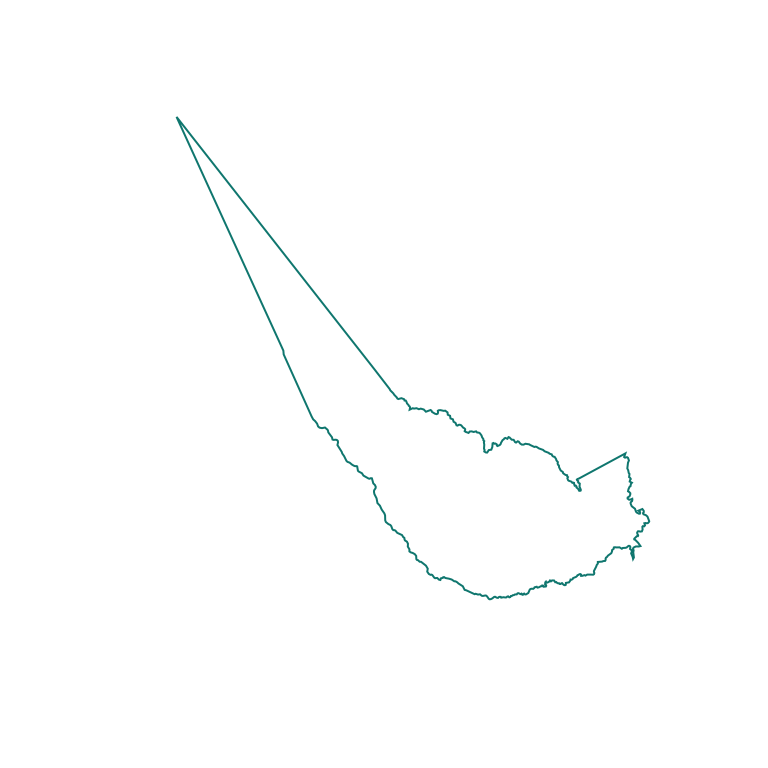 the district of Nithi, Eastern, Kenya, rotated 25°
{"feature_id": "3690345B87545875120940", "entity_name": "Nithi", "entity_type": "district", "adm_level": 2, "iso_a3": "KEN", "parent_name": "Kenya", "parent_adm1": "Eastern", "projection": "albers", "projection_center": [37.753, -0.301], "detail": "fine", "context": "isolated", "style": "outline", "palette": "teal", "viewbox_px": 768, "rotation_deg": 25, "n_neighbors": 0, "source": "geoboundaries", "source_scale": "gbopen_adm2", "svg_char_len": 6163}
<svg xmlns="http://www.w3.org/2000/svg" viewBox="0 0 768 768"><g transform="rotate(25 384 384)"><path d="M83.1,229.6L278.7,396.3L280.6,399.6L332.1,444.0L334.8,446.0L337.2,446.7L340.1,448.2L342.2,450.3L344.0,450.8L345.4,450.5L346.5,450.2L348.9,448.4L352.1,449.3L352.9,449.9L354.0,451.4L359.4,454.3L360.8,456.1L361.8,456.0L364.0,454.8L365.3,454.7L366.2,455.1L367.0,456.3L367.6,459.0L374.4,463.4L375.5,464.6L378.3,466.2L382.4,469.5L383.8,470.0L386.1,469.8L389.1,470.6L391.2,470.8L392.5,470.7L393.6,470.1L394.5,470.0L397.0,473.6L397.9,474.0L401.7,474.2L404.1,475.7L409.9,476.2L410.9,476.0L411.9,474.9L412.9,474.6L416.3,478.6L418.5,479.4L420.0,480.7L420.4,482.0L420.0,484.6L420.5,486.0L421.8,487.8L425.6,490.8L428.4,494.7L431.7,496.0L435.0,498.8L439.0,501.1L440.5,502.6L442.7,507.0L444.0,508.3L447.2,509.1L449.3,509.1L450.6,509.7L452.9,512.0L454.2,512.5L455.4,512.0L456.4,512.1L458.9,513.3L464.2,513.3L466.1,514.6L467.4,514.8L468.4,516.3L469.1,516.9L471.4,517.2L473.2,518.6L474.3,521.3L476.9,523.1L477.8,525.0L479.4,525.3L481.4,525.0L483.8,525.2L485.8,526.2L487.3,529.0L488.1,529.5L489.2,529.3L491.4,530.0L492.8,529.5L498.8,530.9L501.7,532.9L502.5,535.8L504.9,537.2L506.8,537.3L507.6,536.7L508.5,536.7L511.4,538.3L512.4,538.4L514.2,537.3L516.6,538.1L517.9,537.8L517.7,536.1L519.3,534.8L519.3,534.1L520.1,533.6L521.6,533.9L525.1,533.0L528.0,532.6L531.1,533.1L532.2,532.6L534.3,532.8L535.6,533.3L540.9,534.0L544.1,536.5L545.8,536.2L555.0,536.2L555.7,535.4L558.2,535.1L559.9,534.0L562.0,534.6L563.2,534.3L565.1,532.9L565.9,532.6L567.1,532.9L569.7,534.4L570.6,534.5L571.7,533.9L572.8,532.5L573.7,530.6L574.5,529.9L576.6,530.0L577.7,529.7L578.2,528.5L578.9,527.9L579.8,527.6L580.5,528.1L582.3,526.8L584.4,526.1L585.2,525.6L585.4,524.8L586.2,524.0L587.7,524.4L588.5,523.7L588.6,522.5L589.4,522.1L590.0,521.0L590.9,520.5L591.6,519.4L593.2,518.6L593.5,517.3L594.4,516.7L596.4,516.8L597.2,515.9L598.1,516.5L598.9,516.4L599.0,515.4L599.6,514.7L600.5,515.1L601.5,514.8L603.1,512.5L603.0,508.7L603.4,507.9L604.4,507.1L605.8,506.6L606.4,505.4L606.4,504.6L608.1,503.2L609.1,503.7L610.2,502.9L611.7,500.9L612.7,500.5L612.6,499.7L613.6,499.5L614.5,500.2L616.3,499.1L616.3,498.3L615.8,497.7L614.7,497.5L614.0,495.6L614.3,494.7L615.2,495.5L616.2,494.7L617.3,493.2L617.5,491.9L618.7,492.3L619.3,491.0L621.2,490.2L623.0,491.3L623.8,490.7L624.9,491.1L626.0,491.1L626.8,490.6L627.6,491.0L628.6,490.6L629.0,489.6L629.7,489.2L630.7,489.8L632.2,490.1L633.0,489.9L633.6,489.2L632.9,487.4L635.5,485.6L635.9,483.5L635.7,482.4L636.6,482.2L637.4,481.2L637.4,480.0L639.6,477.6L640.1,476.5L640.2,475.5L641.0,474.8L641.4,473.9L642.2,473.3L643.1,473.4L643.7,474.6L644.6,474.2L646.5,472.5L647.6,472.5L648.7,470.9L654.3,468.3L654.7,467.6L654.5,466.4L653.6,465.5L653.3,464.7L653.5,459.9L653.3,458.2L653.7,456.4L653.0,454.9L656.7,452.8L657.5,451.9L659.2,450.8L659.2,449.7L658.6,448.5L658.6,447.5L659.1,446.8L659.5,444.9L661.5,441.3L661.4,439.3L660.9,438.2L661.8,436.3L661.4,435.0L662.3,434.3L663.5,434.0L666.5,432.5L669.2,432.8L669.7,431.7L672.3,430.3L673.0,429.6L674.0,427.4L674.8,427.0L675.6,427.1L676.2,427.7L676.7,429.5L678.6,430.0L679.3,430.6L679.6,433.1L682.5,435.7L683.7,437.3L683.8,435.6L681.1,431.3L680.5,429.2L679.3,428.1L679.3,426.8L680.9,424.8L683.6,423.6L684.9,422.5L681.4,420.5L677.6,419.1L676.5,419.1L676.2,418.4L677.5,415.0L678.4,414.6L678.3,413.7L676.8,412.6L676.2,411.6L676.4,410.2L677.3,409.7L678.6,409.5L680.0,408.6L679.9,406.7L678.5,404.2L678.7,403.4L680.0,403.0L680.3,401.8L678.8,400.2L679.7,399.5L681.2,399.1L682.0,398.4L682.4,397.2L682.4,396.3L678.8,392.8L676.8,392.2L674.2,392.4L673.3,391.6L673.6,390.3L673.0,389.2L671.0,388.1L668.1,391.3L670.0,391.7L670.6,392.5L670.7,393.4L669.9,393.8L667.4,393.7L666.3,393.2L664.2,391.0L660.2,390.1L658.5,388.6L657.7,387.6L657.7,386.7L658.3,385.3L658.0,383.9L657.5,383.1L656.3,384.5L655.1,385.3L653.2,384.9L652.8,383.9L654.0,382.0L653.9,380.1L653.4,378.9L652.1,378.3L650.5,378.1L650.0,375.9L650.0,373.2L650.6,372.5L650.0,370.1L650.4,368.7L647.9,368.6L647.6,367.1L647.8,365.8L646.8,365.1L645.5,364.8L644.5,361.8L643.4,361.2L641.7,358.9L640.2,357.7L638.4,352.2L638.3,349.8L636.3,347.8L635.2,347.6L633.6,348.9L632.5,348.7L632.1,344.9L600.6,387.3L599.6,388.3L599.2,389.1L599.8,389.7L601.0,389.9L601.6,391.2L603.5,391.5L604.6,394.4L607.0,396.6L607.3,397.4L606.8,398.0L606.0,398.3L604.3,397.0L602.1,396.4L601.8,395.5L600.6,395.0L599.8,395.6L598.7,394.5L598.0,393.3L597.2,393.4L596.5,394.0L595.2,393.3L592.1,393.6L591.4,393.3L590.0,391.9L590.1,390.6L589.1,390.3L588.5,389.3L586.9,389.7L584.1,389.2L583.3,388.2L580.7,387.7L577.9,385.5L576.9,383.9L575.9,383.7L575.0,382.8L574.6,381.3L572.6,380.4L571.7,379.3L569.4,377.9L568.5,378.2L567.4,378.1L566.4,377.6L565.8,376.9L563.4,377.2L562.4,376.8L558.0,377.1L556.0,376.5L551.6,376.9L548.8,376.5L547.7,376.8L546.9,377.5L542.2,377.5L541.2,377.3L537.4,378.4L536.2,379.9L534.5,380.7L532.5,380.4L530.5,379.3L529.4,379.4L528.4,381.3L527.4,381.3L525.1,379.8L523.2,380.5L520.4,379.4L519.3,379.5L519.0,381.5L516.8,381.6L516.1,382.4L515.9,383.6L515.2,384.7L514.9,388.0L515.1,389.0L514.8,390.2L513.9,391.4L513.0,392.3L512.2,392.0L511.8,391.1L510.8,390.9L509.9,390.9L509.2,391.5L508.1,391.2L507.5,391.9L508.8,395.3L509.0,398.2L506.9,399.6L506.5,402.5L505.4,403.0L503.4,402.8L503.1,401.3L502.0,400.4L500.5,396.6L499.2,394.7L499.0,393.4L497.9,393.1L497.4,392.0L495.4,390.8L494.1,389.4L491.7,388.1L490.7,388.0L488.8,388.6L487.5,388.0L485.5,389.6L483.5,389.9L481.8,390.8L481.3,392.6L478.1,392.9L477.0,392.6L477.0,391.4L476.6,390.6L475.6,390.2L474.2,390.1L471.4,388.8L469.9,388.9L468.9,389.5L468.3,390.6L467.2,390.8L465.2,389.0L463.0,388.8L461.4,386.9L458.8,387.1L457.3,384.9L454.8,384.9L453.6,382.9L450.8,382.3L449.5,383.1L446.3,383.8L444.8,384.6L444.1,385.5L445.1,387.2L445.2,388.2L444.4,389.1L442.8,389.4L439.3,389.0L438.3,388.1L437.2,387.9L433.7,391.4L430.8,390.3L427.7,390.8L426.3,392.1L423.7,392.2L421.6,393.6L420.3,393.8L418.1,396.4L417.6,394.3L416.8,393.5L415.7,393.3L415.1,392.7L413.1,391.9L411.5,390.3L410.6,389.8L409.6,390.3L408.6,389.3L405.8,389.5L403.3,391.6L402.2,391.5L401.3,390.8L397.7,389.4L396.5,388.6L392.4,387.1L391.3,386.2L368.1,374.2L83.1,229.6Z" fill="none" stroke="#0f766e" stroke-width="2"/></g></svg>